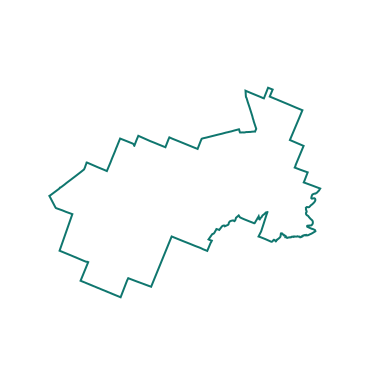 Putineiu, Giurgiu, Romania (orthographic projection), rotated 294°
{"feature_id": "2599482B3296523517134", "entity_name": "Putineiu", "entity_type": "district", "adm_level": 2, "iso_a3": "ROU", "parent_name": "Romania", "parent_adm1": "Giurgiu", "projection": "orthographic", "projection_center": [25.776, 43.909], "detail": "fine", "context": "isolated", "style": "outline", "palette": "teal", "viewbox_px": 384, "rotation_deg": 294, "n_neighbors": 0, "source": "geoboundaries", "source_scale": "gbopen_adm2", "svg_char_len": 5675}
<svg xmlns="http://www.w3.org/2000/svg" viewBox="0 0 384 384"><g transform="rotate(294 192 192)"><path d="M258.9,275.7L279.5,275.2L279.3,260.3L304.4,259.8L311.6,259.6L311.4,252.6L311.3,245.4L310.8,224.2L318.4,224.0L318.2,219.1L306.8,219.6L306.7,218.8L306.7,216.2L306.4,205.9L306.3,200.9L306.3,199.7L301.5,202.2L300.7,202.7L300.3,203.3L299.6,204.0L296.7,206.5L292.9,210.0L287.7,214.6L286.1,216.0L285.8,216.3L285.1,216.8L283.6,218.0L282.8,218.8L281.6,219.7L275.8,225.0L272.8,225.0L272.7,224.6L272.5,224.2L271.4,222.1L270.7,221.1L270.3,220.2L269.8,219.3L268.9,217.3L268.7,217.0L268.2,216.4L267.7,215.6L267.5,215.2L267.3,214.8L267.3,214.6L265.9,211.7L266.1,211.4L266.6,210.9L267.7,210.1L268.4,209.4L265.2,205.4L263.4,203.3L262.0,201.4L261.4,200.7L260.2,199.0L257.4,195.6L254.9,192.3L250.5,186.7L247.6,183.0L245.5,180.2L244.8,179.4L244.6,179.3L244.5,179.2L242.2,179.2L233.6,179.6L233.3,170.5L233.0,160.7L232.7,152.7L232.7,149.1L230.6,149.1L222.1,149.5L222.1,149.0L222.0,147.6L221.8,141.6L221.7,137.5L221.5,133.1L221.5,132.9L221.5,126.1L221.5,120.1L216.9,120.2L210.8,120.5L210.8,120.3L211.4,119.8L211.9,119.2L212.0,119.0L212.1,118.2L212.1,117.3L211.9,111.6L211.6,104.6L205.2,104.8L203.0,104.9L201.1,104.9L198.1,105.1L189.9,105.3L186.0,105.5L176.5,105.7L176.5,102.8L176.3,95.8L176.2,83.8L176.1,83.7L175.5,83.8L175.1,83.9L172.9,84.0L171.0,84.2L168.7,84.2L165.4,82.5L162.6,81.0L158.7,78.9L153.8,76.2L149.1,73.6L146.9,72.5L144.0,70.9L142.5,70.0L142.3,69.6L142.1,69.5L141.5,69.5L140.8,69.2L131.5,64.0L130.4,63.3L129.3,64.8L128.7,65.5L122.6,73.2L122.1,74.0L122.0,74.3L122.0,74.6L122.5,81.1L122.6,84.9L123.1,91.7L84.5,94.9L84.8,105.5L85.0,114.7L85.1,120.9L85.2,123.6L85.3,123.8L85.7,124.9L85.7,125.7L65.6,126.3L66.6,163.5L66.8,169.6L84.7,168.7L87.3,168.8L87.8,177.8L88.8,193.2L143.1,191.5L143.5,203.7L143.8,210.6L144.0,217.0L144.3,221.8L144.3,223.9L144.2,225.0L144.4,229.9L152.9,229.7L154.4,229.9L155.6,229.9L155.4,228.4L155.4,226.4L160.1,227.3L161.0,227.5L161.6,227.6L162.1,227.9L162.2,228.1L162.5,228.5L162.8,228.7L163.4,228.9L164.3,229.1L165.9,229.2L167.2,229.4L168.1,229.4L168.4,231.5L168.4,232.3L172.6,233.3L173.5,233.7L173.6,233.8L173.8,234.1L174.1,234.4L174.4,234.8L174.3,235.1L174.5,235.5L174.2,235.9L174.1,236.0L176.7,238.3L177.0,238.4L177.4,238.5L178.2,238.3L178.8,238.2L180.1,238.4L180.6,238.6L180.8,238.7L181.3,239.2L181.7,239.6L182.7,241.0L182.8,241.2L182.6,242.4L182.6,242.6L183.3,242.9L183.8,243.0L186.4,242.7L189.6,244.2L188.4,246.0L188.3,247.5L188.3,250.5L188.5,256.0L188.7,260.1L188.7,261.3L188.8,261.7L189.0,261.9L192.6,262.3L194.0,262.5L194.6,262.5L195.8,262.7L196.9,262.8L195.9,263.6L194.6,264.4L194.5,264.5L194.5,265.0L195.3,265.1L196.1,265.2L197.5,265.8L199.0,265.9L200.1,266.4L200.7,266.8L201.4,267.1L202.3,267.5L203.2,267.7L203.3,267.9L203.4,268.1L204.1,268.8L204.3,268.9L204.3,269.1L201.6,269.3L191.8,270.4L185.0,271.1L183.9,271.2L182.8,271.1L178.4,270.9L178.6,273.0L178.8,278.0L178.8,283.1L178.8,284.4L178.9,284.9L179.1,285.2L179.3,285.4L180.0,285.7L181.0,285.9L181.7,286.3L181.7,286.7L181.0,288.7L181.2,288.8L181.9,288.8L182.6,288.9L182.7,289.0L182.8,288.9L184.5,290.0L186.1,290.7L186.9,290.9L187.4,290.9L187.9,290.8L190.1,290.1L190.4,290.1L190.5,290.2L190.7,290.8L190.8,291.2L190.7,291.6L190.2,292.1L190.2,292.5L190.1,292.8L190.2,293.1L189.8,293.5L190.0,293.8L189.8,294.1L190.0,294.6L189.9,295.0L189.7,295.2L189.7,295.5L189.2,295.6L189.4,295.8L189.5,295.9L189.4,296.0L189.1,296.4L188.9,296.5L188.7,296.7L188.7,296.8L188.8,297.0L188.8,297.3L189.0,297.5L189.0,298.0L189.6,298.4L189.9,299.0L190.1,299.4L190.3,299.6L190.3,299.8L190.6,300.1L190.6,300.4L190.7,300.7L191.0,300.8L191.2,301.1L191.5,301.2L192.0,301.6L192.0,302.0L192.1,302.7L192.6,302.9L192.6,303.3L193.0,303.5L193.0,304.0L193.4,304.7L193.5,304.9L193.9,305.9L194.4,306.3L194.4,306.6L194.5,306.8L194.5,307.4L194.7,307.7L194.8,308.1L195.0,308.4L195.0,308.5L194.8,308.7L194.6,309.2L194.8,309.4L195.0,309.8L195.3,310.1L195.5,310.2L195.7,310.3L195.9,310.4L196.1,310.7L196.2,310.8L196.3,311.0L196.5,311.1L196.8,311.1L196.8,310.7L197.0,310.8L197.3,311.2L197.4,311.4L197.7,311.5L197.9,311.9L198.3,312.2L198.3,312.5L198.5,312.7L198.4,312.9L198.4,313.0L198.8,313.2L198.8,313.7L198.9,313.8L199.0,314.1L199.3,314.1L199.3,314.3L199.1,314.6L199.3,314.9L199.4,315.2L199.6,315.4L199.7,315.6L200.5,316.3L201.4,317.0L202.1,317.7L203.1,318.5L206.3,320.7L207.0,320.2L207.3,319.6L207.3,319.3L207.3,318.9L207.3,317.2L207.1,316.4L207.1,315.4L207.1,314.6L207.1,314.0L207.1,313.2L207.1,312.0L207.1,311.7L207.2,311.3L207.4,311.2L207.8,311.0L208.1,311.1L208.3,311.4L208.9,312.5L209.2,313.0L209.9,314.4L210.1,314.6L210.5,314.8L211.1,315.0L211.5,315.1L212.2,315.1L212.7,315.0L212.9,315.0L214.2,314.3L214.6,313.9L214.9,313.5L215.1,313.0L215.8,310.9L216.3,309.9L216.5,309.3L217.1,308.4L217.2,308.1L217.4,307.6L217.5,306.6L217.7,306.0L218.1,305.3L218.8,304.9L219.0,304.7L219.7,304.6L220.1,304.8L220.4,304.8L221.0,304.6L221.2,304.4L221.4,304.0L221.8,303.8L222.4,303.2L222.8,303.0L223.3,302.8L224.0,302.7L224.4,302.8L224.4,302.7L224.9,302.9L225.0,303.1L225.1,303.3L225.3,304.2L225.5,304.7L225.9,305.2L226.2,305.3L227.2,305.7L227.8,305.8L229.8,306.9L231.4,307.5L231.8,307.7L233.0,308.0L234.0,308.1L234.3,308.1L235.1,307.8L235.7,307.4L235.9,307.1L236.0,306.8L236.0,306.5L236.0,306.1L235.7,305.7L235.0,304.7L234.8,304.3L234.7,304.1L234.8,303.6L235.1,303.4L235.5,303.3L236.4,303.1L237.3,303.0L238.2,303.0L238.6,303.0L238.8,303.1L240.4,304.6L240.5,304.9L240.7,305.4L240.9,305.6L241.6,305.9L242.5,306.6L243.5,306.8L244.6,307.3L245.0,307.4L247.3,307.7L246.9,300.8L246.9,300.5L246.2,290.2L247.1,290.2L257.0,289.7L256.4,281.8L256.1,275.9L258.2,275.9L258.4,275.8L258.7,275.7L258.9,275.7Z" fill="none" stroke="#0f766e" stroke-width="2"/></g></svg>